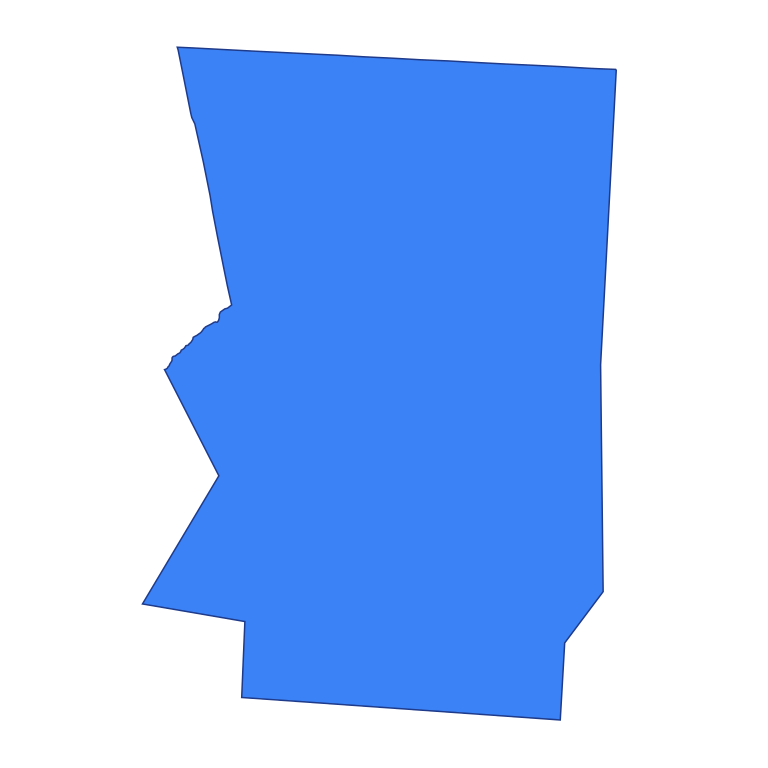 the district of Tin-Essako, Kidal, Mali, rotated 273°
{"feature_id": "8926073B78830545080626", "entity_name": "Tin-Essako", "entity_type": "district", "adm_level": 2, "iso_a3": "MLI", "parent_name": "Mali", "parent_adm1": "Kidal", "projection": "equal_earth", "projection_center": [3.476, 18.561], "detail": "fine", "context": "isolated", "style": "filled", "palette": "blue", "viewbox_px": 768, "rotation_deg": 273, "n_neighbors": 0, "source": "geoboundaries", "source_scale": "gbopen_adm2", "svg_char_len": 1405}
<svg xmlns="http://www.w3.org/2000/svg" viewBox="0 0 768 768"><g transform="rotate(273 384 384)"><path d="M710.3,598.9L710.1,585.2L710.0,572.1L710.2,543.3L710.1,515.3L709.9,487.9L709.9,458.9L710.0,431.7L709.7,402.9L709.8,375.3L709.7,346.9L709.9,320.2L709.8,299.4L709.8,292.5L709.7,260.7L709.6,236.5L709.6,209.3L709.6,199.8L709.6,179.0L709.6,175.1L709.5,159.9L706.9,160.9L679.1,168.0L644.8,176.7L640.0,178.1L633.8,181.5L596.5,191.9L562.9,200.5L547.5,203.8L521.6,210.2L502.4,215.1L491.4,217.9L473.6,222.5L459.0,226.6L454.9,227.7L453.4,225.9L451.5,223.7L450.7,221.1L448.4,218.2L447.3,216.8L444.8,215.9L441.6,216.1L439.3,215.6L437.8,214.9L437.1,214.4L436.9,213.8L437.2,212.5L436.6,210.8L435.2,208.9L433.6,206.2L432.6,204.4L431.6,202.7L430.6,202.0L430.0,201.1L429.0,200.6L427.3,199.5L426.3,198.8L425.2,197.7L424.2,196.3L422.9,194.8L421.4,192.2L420.6,191.0L419.9,190.9L418.5,190.7L415.5,189.0L413.7,187.1L412.8,186.7L412.3,185.7L411.9,184.2L410.9,183.7L409.3,182.7L408.2,181.5L407.1,179.7L405.9,179.4L404.2,178.3L403.5,176.8L402.1,175.2L401.0,174.0L400.9,173.2L400.4,171.9L399.4,171.1L398.4,171.0L396.7,171.1L395.5,170.7L393.5,169.5L392.2,168.8L391.2,168.7L389.9,167.5L388.3,166.7L387.6,165.7L387.0,164.6L386.9,164.1L283.7,223.9L151.7,154.3L139.5,257.5L63.5,258.3L57.7,577.6L134.9,578.0L188.1,613.7L414.5,599.3L709.1,599.5L709.4,599.5L710.3,598.9Z" fill="#3b82f6" stroke="#1e3a8a" stroke-width="1.5"/></g></svg>